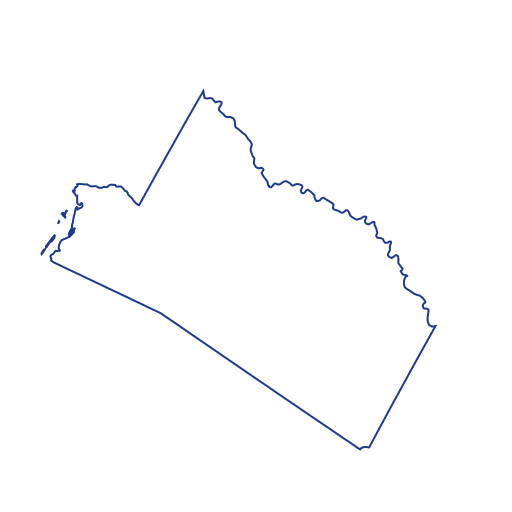 the border of Mississippi, rotated 119°
{"feature_id": "USA-3544", "entity_name": "Mississippi", "entity_type": "State", "adm_level": 1, "iso_a3": "USA", "parent_name": "United States of America", "parent_adm1": "", "projection": "albers", "projection_center": [-90.036, 32.591], "detail": "fine", "context": "isolated", "style": "outline", "palette": "blue", "viewbox_px": 512, "rotation_deg": 119, "n_neighbors": 0, "source": "natural_earth", "source_scale": "10m", "svg_char_len": 5975}
<svg xmlns="http://www.w3.org/2000/svg" viewBox="0 0 512 512"><g transform="rotate(119 256 256)"><path d="M359.7,430.7L359.4,431.1L359.4,432.0L359.4,432.9L358.7,433.4L357.8,433.5L357.4,434.0L357.1,434.5L356.7,435.1L355.1,435.8L353.9,435.3L352.6,434.5L350.8,434.1L349.9,434.1L349.1,433.9L348.4,433.5L347.9,431.9L347.0,431.2L346.8,430.3L346.2,430.3L345.0,432.3L341.9,433.6L338.5,433.9L336.5,433.7L329.3,428.3L323.7,426.8L322.0,427.6L321.0,427.9L319.9,427.9L319.9,428.4L328.4,429.5L327.2,430.5L325.1,430.7L320.9,430.6L320.0,430.9L317.8,432.0L316.9,432.2L315.8,432.4L310.9,434.1L306.6,435.3L302.3,436.6L301.4,436.8L300.2,436.5L300.0,435.9L300.6,435.1L301.6,434.6L300.4,433.9L298.2,432.2L296.7,431.9L296.0,432.2L295.1,432.9L294.4,433.7L294.4,434.4L295.0,434.6L296.6,434.6L296.9,434.9L297.0,436.4L296.8,437.4L296.2,438.1L289.9,441.7L290.4,442.8L290.2,443.6L289.0,445.0L288.8,445.9L288.8,446.5L288.5,447.1L287.6,447.8L287.2,447.2L287.5,446.8L287.3,446.6L286.7,446.1L286.1,446.9L285.2,447.2L284.1,447.2L283.4,446.7L282.9,446.7L282.8,446.9L282.3,446.4L281.5,446.1L280.6,446.4L280.1,447.2L278.5,445.4L276.5,440.6L275.2,438.3L275.3,435.0L274.9,433.7L272.9,430.6L272.5,429.3L272.4,428.7L272.5,427.2L272.5,426.6L272.3,426.0L271.1,423.9L269.2,422.6L268.3,420.1L267.2,419.3L265.0,418.5L263.9,417.4L262.1,413.5L263.0,411.9L262.4,410.5L261.4,409.3L260.7,408.1L260.8,406.7L261.3,405.0L262.6,402.1L262.2,400.6L262.8,399.2L264.5,397.2L265.5,392.6L267.1,389.7L268.0,386.8L268.4,384.0L268.2,382.9L265.7,382.9L262.7,382.9L261.4,382.9L257.5,382.9L251.5,382.9L243.7,382.9L234.5,382.9L225.9,382.9L224.2,382.8L213.2,382.8L201.8,382.7L190.4,382.7L179.4,382.6L169.1,382.5L159.9,382.4L152.1,382.3L146.1,382.2L142.3,382.1L140.9,382.1L137.7,382.0L137.3,382.0L142.7,377.7L142.3,375.6L140.3,373.1L139.5,370.8L139.6,370.1L140.4,368.7L140.5,367.8L140.7,367.5L141.0,366.7L141.2,365.8L140.8,365.4L139.9,364.8L138.8,363.4L138.2,361.8L138.3,360.5L139.3,360.0L140.9,359.9L144.1,360.0L145.6,359.7L146.4,358.9L146.9,357.6L147.9,352.5L148.5,351.8L148.7,351.1L148.8,349.5L148.7,349.1L147.8,347.4L147.2,346.5L146.9,345.9L146.6,342.4L148.2,340.1L153.0,336.7L153.1,336.2L153.5,335.3L153.5,333.4L154.9,326.6L155.0,325.0L155.3,323.6L157.4,319.9L158.3,316.9L159.0,315.6L160.0,314.2L161.2,313.4L164.1,312.8L165.4,312.4L166.7,311.4L169.8,307.8L170.3,307.1L170.9,305.5L171.5,304.8L172.1,304.4L174.2,303.7L176.7,302.0L178.2,299.3L178.2,296.4L176.2,294.0L176.2,293.5L176.2,292.7L176.5,291.9L177.1,291.2L180.7,291.4L183.1,287.4L185.2,282.4L188.3,279.4L188.3,278.8L188.9,278.6L189.1,277.4L188.6,276.2L187.1,275.6L184.8,275.2L183.7,274.8L183.2,274.2L182.7,271.0L181.2,269.5L179.1,268.6L176.9,267.3L176.1,266.1L175.9,264.8L176.0,261.6L176.2,260.8L176.5,259.9L176.7,259.0L176.6,258.0L176.1,257.4L174.5,256.4L173.8,255.8L173.0,254.7L172.5,253.3L172.1,251.8L172.0,250.1L172.8,249.0L174.5,248.7L176.3,248.6L177.5,248.3L178.6,246.6L178.3,245.2L177.1,244.2L173.8,243.6L173.0,243.0L172.9,241.8L173.4,238.6L174.5,234.8L175.2,234.0L176.0,233.6L177.0,232.5L178.0,231.1L178.7,229.7L177.4,228.1L176.6,227.3L175.7,227.0L174.7,226.8L173.6,226.4L172.7,225.8L172.3,225.0L172.5,222.4L172.9,214.1L173.5,213.2L174.8,212.6L176.2,212.2L177.0,211.7L177.5,210.3L177.3,208.9L176.6,206.3L176.6,202.3L176.2,201.4L175.4,200.6L173.3,199.8L172.6,199.7L171.7,198.1L172.4,196.4L174.9,193.2L175.3,191.7L175.5,189.4L175.5,187.0L175.4,185.6L173.2,183.3L171.9,182.2L170.7,181.7L169.6,181.1L168.6,179.8L168.4,178.5L169.4,177.9L171.0,177.9L172.5,177.7L173.6,176.9L174.2,175.2L174.0,173.3L172.9,172.2L170.2,170.8L168.9,169.4L169.1,168.7L170.1,168.2L171.3,167.3L174.0,163.8L174.5,163.3L175.0,163.0L176.4,161.6L177.0,161.1L177.8,161.0L179.6,160.9L180.2,160.6L181.1,158.9L180.7,157.4L180.0,156.1L179.6,153.4L180.9,151.6L181.8,149.7L180.8,147.5L179.9,147.0L179.0,146.6L178.4,146.1L178.1,145.0L178.7,144.4L182.2,143.7L183.1,143.3L185.9,141.8L187.4,141.6L188.9,141.6L190.2,141.5L191.3,140.9L192.2,139.5L192.0,136.4L187.3,134.0L187.3,131.8L188.2,130.9L191.4,128.9L192.5,128.6L193.3,127.9L195.9,122.1L196.2,121.6L196.6,121.5L197.5,121.5L198.6,122.0L199.2,122.1L199.5,121.8L199.7,121.0L200.6,119.5L200.9,118.9L200.8,117.9L200.2,116.4L200.0,115.2L200.0,114.5L200.3,114.1L201.1,114.7L201.6,115.0L202.4,115.1L205.1,114.8L206.6,114.2L209.0,112.9L211.2,110.7L211.7,108.3L211.7,105.6L212.4,98.9L211.3,93.4L211.8,90.0L213.0,87.2L213.9,85.7L214.7,85.4L216.0,86.2L217.4,86.3L218.8,85.9L219.4,85.2L220.4,84.1L220.1,82.7L219.3,81.1L219.1,79.7L219.8,78.7L227.1,75.9L230.2,73.9L232.4,71.2L232.4,67.8L230.5,65.4L230.3,65.1L238.7,65.1L247.2,65.1L255.7,65.1L264.1,65.1L272.6,65.1L281.0,65.1L289.5,65.0L298.0,65.0L306.4,64.9L314.9,64.9L323.4,64.8L331.8,64.7L340.3,64.6L348.7,64.5L357.2,64.4L365.7,64.3L368.0,64.2L368.6,64.2L369.8,67.4L371.4,69.7L373.6,71.1L374.7,71.2L374.6,72.5L374.4,75.4L374.3,76.0L374.1,78.0L373.8,81.2L373.4,85.5L373.0,90.9L372.4,97.1L371.7,104.3L371.0,112.2L370.2,120.9L369.4,130.1L368.5,139.9L367.5,150.1L366.6,160.6L365.6,171.4L364.5,182.4L363.5,193.4L362.5,204.5L361.4,215.4L360.4,226.2L359.4,236.8L358.4,246.9L357.5,256.7L356.6,265.9L355.8,274.6L355.0,282.5L354.3,289.7L353.7,296.0L353.2,301.3L352.8,305.6L352.5,308.8L352.3,310.8L352.2,311.5L352.7,318.9L353.2,326.4L353.6,333.8L354.1,341.3L354.5,348.7L355.0,356.2L355.5,363.6L356.0,371.1L356.4,378.5L356.9,386.0L357.4,393.4L357.8,400.9L358.3,408.3L358.8,415.8L359.2,423.2L359.7,430.7L359.7,430.7ZM343.4,442.6L344.9,443.3L349.1,443.3L350.6,443.8L350.0,444.1L349.3,444.4L335.6,442.4L335.6,441.9L337.3,441.3L339.6,441.3L341.8,441.7L343.4,442.6ZM314.9,441.5L314.9,441.9L314.5,442.2L314.4,442.4L314.4,443.2L314.2,444.1L313.1,446.5L312.7,446.4L312.3,446.2L312.1,445.9L312.4,445.7L312.7,445.2L313.1,444.9L312.5,444.3L312.1,444.9L311.5,444.0L310.5,443.7L308.3,443.8L308.3,443.3L311.9,443.4L313.6,442.9L314.4,441.5L314.9,441.5ZM353.0,444.4L353.0,443.8L358.2,444.3L357.7,444.9L355.3,444.8L353.0,444.4ZM322.9,444.7L323.8,444.6L322.8,445.0L321.0,445.2L321.1,444.9L322.9,444.7Z" fill="none" stroke="#1e3a8a" stroke-width="2"/></g></svg>